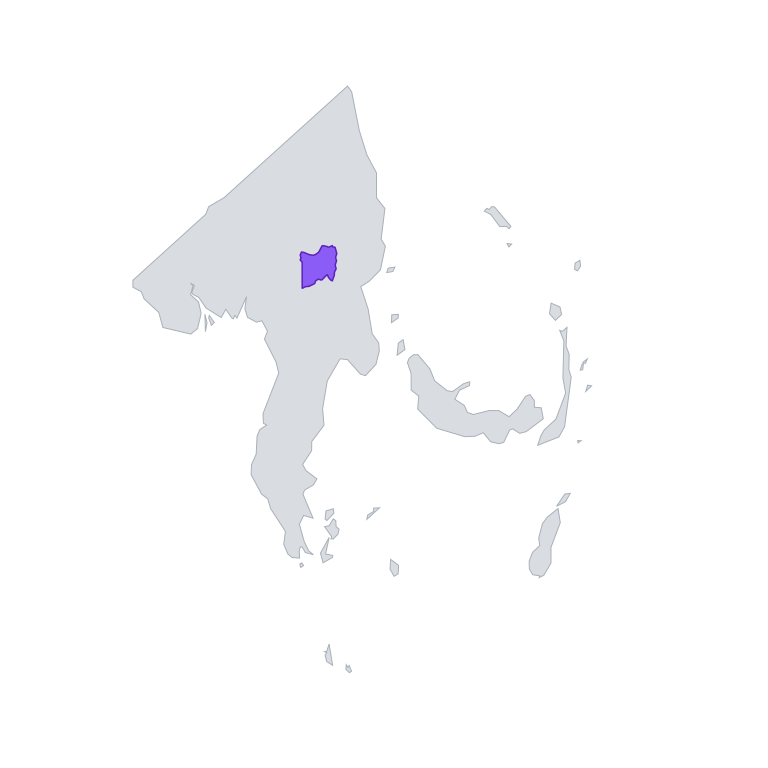 Western Highlands highlighted on a map of Papua New Guinea, rotated 48°
{"feature_id": "PNG-1247", "entity_name": "Western Highlands", "entity_type": "Province", "adm_level": 1, "iso_a3": "PNG", "parent_name": "Papua New Guinea", "parent_adm1": "", "projection": "equal_earth", "projection_center": [144.47, -5.822], "detail": "fine", "context": "in_parent", "style": "filled", "palette": "violet", "viewbox_px": 768, "rotation_deg": 48, "n_neighbors": 0, "source": "natural_earth", "source_scale": "10m", "svg_char_len": 5057}
<svg xmlns="http://www.w3.org/2000/svg" viewBox="0 0 768 768"><g transform="rotate(48 384 384)"><path d="M138.9,501.2L138.6,403.0L134.9,395.6L138.5,378.1L138.2,211.7L145.2,212.5L179.2,232.8L202.2,243.4L222.1,248.3L240.6,265.0L254.2,265.9L274.4,289.2L282.5,290.8L296.8,310.3L297.7,326.1L296.1,336.1L317.8,345.7L338.6,359.1L350.0,360.5L356.2,365.3L364.0,376.8L365.4,392.2L360.9,394.9L341.4,394.8L335.9,399.8L343.7,424.0L361.2,446.1L374.5,456.2L378.4,476.2L385.1,482.4L389.3,498.3L396.2,499.9L409.6,497.4L411.7,504.0L409.7,514.0L411.6,518.0L436.2,526.5L427.9,531.7L431.6,540.8L447.7,548.7L457.6,551.6L463.6,550.7L456.6,555.2L450.3,553.9L449.1,555.3L451.7,559.1L456.9,563.2L451.4,568.4L446.1,569.2L436.1,565.8L427.6,555.9L400.7,551.6L391.5,547.2L384.1,548.7L362.4,543.4L355.3,536.4L350.6,525.9L337.8,513.2L334.8,506.9L336.0,498.6L332.5,499.9L325.1,493.8L305.5,455.0L295.4,449.5L270.6,442.8L266.9,435.3L255.3,432.4L252.7,437.4L243.2,440.8L235.1,437.1L227.1,427.7L236.6,449.1L233.2,449.0L234.8,452.4L233.0,452.9L222.6,451.6L225.7,460.5L208.6,465.4L195.9,463.7L189.8,465.9L187.3,465.6L184.0,459.0L179.4,460.3L183.3,460.4L188.2,468.0L198.9,466.9L209.2,472.7L218.0,485.4L217.6,494.2L194.0,510.5L180.2,503.5L160.2,505.3L153.1,502.6L144.1,505.8L138.9,501.2ZM497.0,283.4L501.9,287.8L506.9,283.1L516.4,288.9L514.5,310.3L511.4,316.2L503.3,318.4L502.3,321.5L507.5,334.1L505.3,338.6L498.3,343.4L486.7,342.8L483.6,351.5L477.2,359.2L452.2,374.4L425.1,375.7L416.2,366.2L406.8,367.9L394.3,356.8L383.8,352.3L381.7,348.0L382.0,342.5L384.9,339.2L403.6,339.8L415.5,344.2L431.1,341.6L435.5,338.2L437.1,324.4L439.7,318.8L442.4,321.4L439.1,332.0L442.7,341.5L453.8,338.7L460.9,341.0L466.4,338.1L474.3,323.3L480.6,316.5L492.0,313.0L491.8,302.1L487.9,287.0L489.5,282.6L497.0,283.4ZM633.1,393.3L631.7,398.2L630.9,396.6L625.2,401.1L618.7,399.7L612.9,394.8L608.5,386.2L608.3,376.4L602.0,372.1L593.8,359.7L592.2,351.5L593.0,338.0L605.0,345.8L617.1,369.2L628.8,379.7L633.1,393.3ZM540.4,289.4L532.4,310.8L527.4,302.0L525.4,295.9L525.1,279.6L512.3,255.1L499.1,246.9L472.3,221.5L461.7,217.5L464.3,216.3L464.3,210.1L477.6,223.3L485.8,226.5L496.7,236.8L504.2,240.3L536.6,278.4L540.4,289.4ZM326.3,183.4L351.8,184.3L352.2,187.2L348.8,187.5L344.5,192.6L329.4,191.2L322.7,193.8L322.2,190.1L324.7,189.1L324.3,185.3L326.3,183.4ZM453.3,511.3L457.9,515.0L461.8,514.5L464.8,518.7L465.2,525.5L463.6,527.1L462.5,525.0L450.2,523.6L452.6,519.7L450.3,511.9L453.3,511.3ZM451.4,214.0L442.5,214.0L435.7,205.7L444.5,201.7L451.2,205.5L451.4,214.0ZM471.3,541.2L477.1,536.8L478.4,538.3L476.1,548.9L467.2,544.4L461.3,527.4L471.3,541.2ZM518.8,496.4L528.5,494.5L533.2,499.1L534.6,500.7L533.6,505.2L525.5,503.3L518.8,496.4ZM540.5,598.8L558.6,610.4L551.8,612.3L546.1,609.2L545.4,606.3L543.1,607.3L544.3,605.3L540.5,598.8ZM371.4,355.0L363.3,346.1L363.8,340.1L372.4,345.4L371.4,355.0ZM447.2,517.9L444.9,518.1L439.5,512.0L442.8,505.1L446.5,507.7L447.2,517.9ZM590.3,337.5L586.8,323.2L589.9,318.8L592.9,327.9L590.3,337.5ZM343.4,337.5L337.8,331.9L341.9,326.7L344.4,329.4L343.4,337.5ZM429.3,164.6L426.2,165.6L422.0,161.0L423.2,155.7L428.0,159.1L429.3,164.6ZM306.3,302.2L303.0,307.4L300.7,303.4L304.4,297.7L306.3,302.2ZM473.0,470.2L473.1,487.3L470.5,483.9L471.8,476.8L469.2,474.9L473.0,470.2ZM220.1,474.6L225.6,481.7L212.3,470.4L220.1,474.6ZM224.9,473.0L217.6,470.1L216.1,467.9L224.7,469.0L224.9,473.0ZM575.8,600.4L575.3,602.9L570.5,603.3L567.4,599.9L570.4,600.6L569.9,598.2L575.8,600.4ZM524.3,231.0L524.5,239.0L521.1,233.4L524.3,231.0ZM506.4,226.8L505.0,228.9L501.7,223.3L502.3,222.2L506.4,226.8ZM465.1,565.3L464.6,568.7L461.4,567.0L461.9,564.8L465.1,565.3ZM503.5,220.6L501.0,221.6L501.4,216.1L503.5,220.6ZM365.4,195.5L365.7,199.5L362.0,198.6L365.4,195.5ZM558.0,275.5L557.6,279.2L555.6,278.0L558.0,275.5Z" fill="#d9dde1" stroke="#a8b0b8" stroke-width="1"/><path d="M249.7,329.0L250.3,329.2L255.1,331.6L255.7,332.1L256.1,332.8L256.9,334.3L257.5,335.1L258.4,335.8L260.3,336.6L260.8,337.1L261.3,337.9L261.8,338.8L262.4,339.8L263.1,340.7L263.8,341.2L265.6,342.0L266.1,342.4L266.4,342.8L266.7,343.1L266.8,343.4L267.4,345.3L267.9,346.1L268.6,346.9L269.6,347.8L270.2,348.6L272.1,352.3L272.7,353.3L271.8,353.8L271.2,354.0L270.4,354.1L267.3,353.9L265.5,353.1L265.1,353.0L264.8,353.2L264.7,353.9L265.1,360.2L265.0,360.5L264.7,361.0L264.2,361.5L263.1,362.0L262.7,362.3L262.3,362.7L262.2,362.8L261.9,363.8L261.7,365.1L261.7,365.9L261.9,366.5L262.7,367.7L262.9,368.2L262.9,368.6L262.7,369.3L261.4,374.0L261.1,374.6L259.8,376.3L259.4,376.9L259.1,377.5L258.8,378.1L258.4,380.3L258.1,380.5L257.9,380.6L256.3,379.1L238.9,363.5L238.0,363.2L237.1,363.3L236.1,363.4L235.6,363.0L235.1,362.2L234.8,361.4L232.0,359.9L231.9,359.4L231.6,358.9L230.9,357.5L230.8,357.2L230.9,356.8L231.3,356.5L233.0,355.3L237.7,353.1L240.1,351.2L241.2,350.1L241.6,349.2L241.9,348.2L242.2,346.3L242.3,345.2L242.3,344.5L242.1,343.5L240.0,338.0L240.0,337.4L240.3,336.8L243.7,334.3L244.4,334.1L245.0,333.8L245.5,333.1L245.9,331.8L246.6,329.9L247.7,330.4L247.9,330.4L248.3,330.0L248.7,329.6L249.2,329.1L249.7,329.0Z" fill="#8b5cf6" stroke="#5b21b6" stroke-width="1.5"/></g></svg>